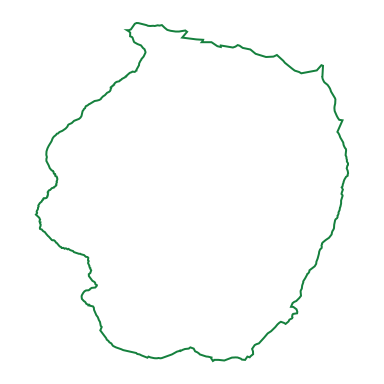 Varsag, Harghita, Romania
{"feature_id": "2599482B23586841588479", "entity_name": "Varsag", "entity_type": "district", "adm_level": 2, "iso_a3": "ROU", "parent_name": "Romania", "parent_adm1": "Harghita", "projection": "natural_earth1", "projection_center": [25.349, 46.545], "detail": "fine", "context": "isolated", "style": "outline", "palette": "green", "viewbox_px": 384, "rotation_deg": 0, "n_neighbors": 0, "source": "geoboundaries", "source_scale": "gbopen_adm2", "svg_char_len": 5804}
<svg xmlns="http://www.w3.org/2000/svg" viewBox="0 0 384 384"><path d="M245.1,359.9L247.4,356.6L249.7,357.3L250.5,356.3L253.1,354.2L253.0,351.4L252.1,348.9L254.7,345.1L256.4,344.2L258.9,343.4L263.9,337.9L267.7,333.4L271.1,331.2L275.3,327.1L277.5,324.4L279.4,322.7L280.9,321.8L284.0,322.9L285.6,323.9L288.5,321.5L289.4,319.7L292.1,318.3L292.5,317.4L292.1,316.6L292.5,314.6L293.2,313.9L297.1,313.3L297.3,311.8L296.5,309.3L293.3,306.9L291.0,306.8L292.2,304.0L292.6,303.1L294.2,301.9L296.3,301.0L299.4,297.9L301.0,295.8L300.6,291.6L300.7,290.7L301.8,288.6L302.2,285.4L303.3,282.3L303.2,281.7L303.5,280.9L305.1,278.4L307.2,274.5L307.2,274.1L308.3,273.3L309.2,271.9L309.5,270.3L314.7,266.3L316.2,263.8L316.4,261.7L317.6,258.7L318.9,253.9L319.2,251.7L320.1,249.4L321.5,248.2L321.8,246.9L321.5,245.4L322.1,244.1L322.0,243.5L322.6,242.6L325.6,240.1L329.0,237.8L331.6,234.5L332.0,232.3L332.6,230.8L333.5,229.5L334.0,228.1L334.2,224.7L335.1,220.3L335.6,219.3L337.1,218.1L337.6,217.0L337.5,215.7L338.1,214.9L338.6,213.5L338.5,212.4L339.6,210.1L340.0,207.5L340.4,206.8L341.1,203.5L341.1,200.5L342.6,195.8L342.5,195.2L341.6,194.2L341.5,193.9L341.9,192.3L342.9,189.6L342.3,188.6L342.2,187.8L341.7,187.3L342.5,186.3L342.9,184.1L343.5,182.7L343.6,181.8L344.4,179.6L346.0,176.9L347.7,175.7L347.6,174.8L348.1,173.3L347.7,170.8L346.7,168.4L347.4,165.6L348.0,164.9L348.0,163.8L348.0,163.3L346.9,161.6L346.9,159.6L346.5,158.8L346.4,157.0L345.6,155.2L346.1,150.3L345.9,149.0L344.9,147.8L344.1,146.2L343.6,145.0L343.2,142.5L340.3,137.5L339.4,135.0L338.6,133.4L337.4,131.9L342.5,120.3L339.2,119.8L337.8,117.8L336.7,115.7L334.7,111.1L334.6,110.3L334.4,108.0L334.6,106.1L335.2,103.5L335.4,99.3L335.0,98.2L331.1,91.7L330.1,88.8L329.2,87.2L327.6,84.9L324.5,82.4L323.9,81.6L322.7,79.0L322.2,76.7L322.4,76.6L323.0,65.8L321.4,65.2L316.8,70.4L301.3,73.3L299.1,72.0L294.7,70.6L292.2,68.7L284.9,62.8L283.3,60.8L276.9,55.0L273.5,56.6L266.0,57.0L255.6,53.8L250.4,49.5L242.7,47.9L239.6,45.7L237.7,45.1L235.5,46.6L232.9,47.5L220.8,45.5L220.8,47.0L217.4,46.2L211.5,42.2L201.8,42.2L202.6,41.2L203.1,39.8L196.4,39.4L182.2,37.6L187.1,31.8L185.3,30.5L179.2,31.5L175.4,31.5L170.6,30.8L167.3,29.9L164.7,27.8L161.9,25.1L159.5,25.6L157.6,25.3L154.8,26.0L153.1,25.8L150.2,26.0L148.0,25.8L146.4,25.1L138.4,23.1L136.6,23.0L134.8,23.8L130.9,29.4L128.9,30.2L127.0,30.2L129.1,31.5L130.2,32.7L130.1,36.3L131.9,37.0L132.5,37.6L133.9,41.7L134.4,42.3L137.6,44.1L141.0,45.4L143.0,48.0L144.5,49.2L145.4,51.6L145.5,52.6L143.6,56.6L141.5,59.0L141.3,59.7L140.6,60.6L139.2,63.3L139.0,65.2L136.5,69.7L136.5,70.4L136.2,70.4L135.5,71.4L134.7,71.9L132.4,71.6L131.8,72.1L129.7,72.9L126.9,75.4L126.6,76.0L126.0,76.2L126.0,76.5L125.6,76.5L124.6,77.6L124.2,77.7L121.8,79.0L121.6,79.4L120.6,80.1L120.3,80.1L119.4,81.2L116.5,81.9L115.1,82.9L114.2,84.0L114.2,84.7L113.3,85.1L113.2,85.6L112.3,86.0L111.9,86.6L111.5,86.7L110.8,87.3L111.2,87.7L111.1,88.5L110.6,89.0L110.5,90.2L109.9,91.2L109.0,91.9L107.1,92.8L104.9,95.2L103.0,96.4L101.1,98.4L100.8,99.1L99.2,100.0L97.0,100.6L94.6,101.0L89.6,104.0L89.3,104.0L87.3,105.6L86.5,105.8L85.8,106.3L85.5,106.8L85.1,108.1L83.8,109.2L83.5,110.0L82.6,111.1L81.5,116.0L80.5,117.6L79.0,118.9L74.1,120.8L71.7,123.1L68.6,124.5L67.9,125.3L67.5,126.5L65.7,128.5L62.4,130.8L59.4,132.1L58.0,133.5L56.9,133.7L55.8,135.1L53.8,136.7L52.6,138.4L51.5,141.3L48.8,145.7L47.5,148.3L46.5,151.4L46.3,154.9L46.8,156.7L46.8,157.7L46.4,158.8L46.4,161.0L48.7,165.4L49.8,168.2L51.6,170.3L53.0,171.0L53.0,171.3L53.6,171.9L53.7,173.1L54.0,173.7L55.1,174.0L55.3,174.4L55.1,175.0L55.3,175.9L55.5,176.2L56.5,176.4L57.1,177.5L57.1,178.4L57.4,179.0L57.0,180.6L56.6,181.3L56.8,181.6L56.9,182.3L56.5,183.0L56.4,183.8L56.1,184.2L56.4,184.6L56.3,185.3L55.2,186.4L54.2,186.9L54.0,187.5L51.8,188.2L50.2,189.9L48.9,190.4L47.9,191.8L48.1,192.1L47.7,192.4L47.7,192.9L48.1,194.0L47.8,194.5L47.8,195.4L47.4,195.8L47.2,196.4L47.4,196.7L46.5,197.9L45.1,198.3L44.0,198.1L43.3,198.6L43.4,199.1L42.8,200.0L42.1,200.4L41.7,201.5L39.8,203.1L38.3,205.5L38.6,206.6L38.0,207.6L38.0,208.5L37.8,209.4L36.9,210.8L36.6,211.9L37.1,212.7L37.0,213.3L35.9,214.6L39.2,217.7L40.1,219.7L39.8,220.1L39.5,221.6L39.8,222.3L40.4,222.4L40.1,223.5L40.7,224.6L40.5,226.1L39.9,227.5L39.9,228.5L40.1,229.0L41.8,229.5L43.0,231.0L45.1,232.3L45.7,233.3L48.0,236.0L48.7,236.5L51.8,240.0L52.6,240.3L53.8,240.2L54.9,241.0L55.5,241.7L55.9,242.5L56.9,243.1L59.2,245.9L60.1,246.7L61.0,247.0L61.7,248.0L63.4,247.9L64.6,248.7L65.1,248.4L66.0,248.4L67.6,249.3L68.5,248.9L70.2,250.1L73.1,251.1L73.9,252.1L79.0,253.8L80.4,253.8L80.8,254.2L84.1,255.1L85.7,256.7L87.6,257.1L88.3,257.9L88.0,259.9L88.1,260.6L88.7,261.1L88.2,262.3L88.1,263.2L89.4,265.8L89.3,266.1L89.8,267.8L90.3,268.0L90.5,269.3L91.2,270.3L90.3,273.0L88.8,274.2L88.9,276.1L92.4,280.8L94.5,282.0L95.2,283.0L95.3,284.0L95.7,284.5L96.9,285.2L96.7,285.9L95.3,287.5L91.7,287.9L90.2,288.9L89.7,289.6L88.5,290.3L86.1,290.4L84.5,291.3L83.2,292.9L81.8,295.4L81.6,296.6L81.9,298.9L83.9,301.1L84.9,301.7L85.6,302.5L86.2,303.7L87.9,304.7L89.2,304.7L89.8,305.3L89.4,305.6L93.0,306.4L93.8,307.6L94.1,310.0L96.4,315.3L97.6,316.8L98.4,318.6L98.7,319.7L100.0,322.0L100.7,325.8L101.7,327.0L100.3,330.4L106.3,338.4L106.7,339.6L108.4,340.9L109.4,342.3L111.3,343.4L112.8,345.7L113.4,346.1L116.0,347.4L121.2,349.2L123.2,350.1L136.2,353.0L137.3,354.0L139.6,354.4L141.5,355.4L147.4,357.7L148.5,356.6L150.5,357.4L154.4,358.2L157.0,358.3L158.4,358.0L160.5,358.3L161.7,358.1L172.0,354.4L177.0,351.6L179.0,351.1L180.1,350.5L180.4,351.0L182.8,349.8L185.0,349.0L188.8,348.6L189.7,347.8L190.4,347.4L193.7,348.6L195.1,351.3L197.3,352.3L198.9,353.4L199.8,354.4L206.2,356.5L208.2,356.7L211.5,357.5L211.2,358.4L212.9,361.0L213.9,360.4L214.2,359.9L218.7,359.9L224.3,360.5L231.9,357.6L235.6,357.4L237.6,357.5L240.9,358.7L241.9,359.6L245.1,359.9Z" fill="none" stroke="#15803d" stroke-width="2"/></svg>